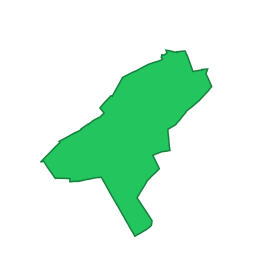 the district of Visina, Dâmbovita, Romania, rotated 26°
{"feature_id": "2599482B19033854569240", "entity_name": "Visina", "entity_type": "district", "adm_level": 2, "iso_a3": "ROU", "parent_name": "Romania", "parent_adm1": "Dâmbovita", "projection": "orthographic", "projection_center": [25.353, 44.574], "detail": "fine", "context": "isolated", "style": "filled", "palette": "green", "viewbox_px": 256, "rotation_deg": 26, "n_neighbors": 0, "source": "geoboundaries", "source_scale": "gbopen_adm2", "svg_char_len": 4678}
<svg xmlns="http://www.w3.org/2000/svg" viewBox="0 0 256 256"><g transform="rotate(26 128 128)"><path d="M188.5,212.2L189.4,210.5L190.9,207.5L191.3,206.6L191.7,205.1L191.0,202.8L190.2,200.7L187.8,199.3L183.0,196.4L175.5,192.0L166.7,186.7L167.3,180.1L167.4,179.0L167.5,177.5L167.8,175.0L168.0,173.3L168.0,173.2L168.1,171.9L168.2,170.8L168.3,169.8L168.3,168.1L168.4,167.4L168.5,167.1L168.6,166.5L168.8,166.0L169.0,165.2L169.1,164.9L169.2,164.6L169.3,164.4L169.5,163.6L169.6,163.4L169.7,163.1L169.7,162.9L170.1,161.7L171.0,159.2L171.4,158.3L171.7,157.4L172.0,156.9L172.3,156.1L172.5,155.4L172.7,155.0L173.0,154.0L173.1,153.5L173.4,152.8L173.8,151.6L174.0,151.0L174.0,150.9L173.1,150.1L171.6,148.9L171.1,148.5L169.5,147.3L169.2,147.1L168.8,146.8L167.1,145.4L166.7,145.1L166.2,144.7L165.5,144.1L163.7,142.8L163.0,142.2L162.6,141.8L162.3,141.6L167.9,135.4L168.1,135.3L168.2,135.0L169.0,134.4L170.4,133.4L170.6,133.4L171.4,132.8L172.5,132.1L173.9,131.0L175.1,130.2L175.6,129.8L175.0,129.1L173.7,127.1L173.4,126.8L172.9,126.0L170.6,122.1L169.9,120.9L168.9,119.2L167.1,116.4L165.3,113.3L164.4,111.7L164.7,111.2L164.9,111.1L165.1,110.7L165.3,110.4L165.9,109.5L166.1,109.2L166.5,108.6L166.6,108.3L167.1,107.6L167.2,107.4L167.4,107.2L168.4,105.7L168.5,105.6L168.8,105.0L169.1,104.6L169.6,103.5L169.6,103.3L169.8,102.6L169.8,101.8L170.0,101.1L170.2,100.6L170.6,99.5L170.7,98.9L171.0,98.2L171.5,95.2L173.1,88.7L173.2,87.6L173.3,86.9L173.4,86.6L174.1,85.1L175.3,82.8L175.5,82.4L176.2,80.9L177.2,78.5L177.8,77.2L179.1,74.1L179.7,72.7L179.9,72.3L180.0,72.1L180.6,69.9L181.0,68.8L181.5,67.1L182.2,64.7L183.6,60.3L183.8,59.5L183.9,59.1L184.1,58.2L184.4,56.7L184.7,55.5L185.1,54.1L184.2,53.3L183.6,52.8L182.2,51.6L181.3,50.9L180.7,50.3L180.1,49.8L179.1,49.0L178.2,48.2L175.9,46.4L174.3,45.0L173.9,41.5L173.7,40.3L173.7,40.1L172.1,41.0L171.9,41.1L171.1,41.6L170.8,41.8L169.8,42.5L169.7,42.5L169.2,42.8L168.8,43.0L169.0,43.5L168.9,43.5L168.4,43.8L167.9,44.1L166.9,44.9L163.4,47.4L161.5,48.8L159.9,47.1L157.9,45.1L155.5,42.7L154.8,42.1L152.9,40.2L148.9,36.4L148.4,36.5L146.5,34.5L145.7,33.7L145.1,34.0L143.2,35.2L142.7,35.4L141.9,36.0L141.2,36.4L140.4,36.9L139.7,37.3L139.4,37.6L138.8,37.9L138.5,38.0L138.5,38.3L138.8,38.6L138.6,38.7L138.1,38.9L135.3,39.6L133.4,39.9L132.3,40.2L131.4,40.4L129.9,40.8L128.0,41.4L128.7,42.0L128.8,42.2L129.7,43.0L130.0,43.3L130.0,43.7L129.5,44.8L129.2,45.2L129.1,45.6L128.9,45.9L128.7,46.5L128.3,46.8L126.4,47.2L126.3,47.3L127.0,50.1L127.4,50.4L128.3,50.2L128.7,51.6L125.6,55.0L124.5,56.0L123.7,56.7L123.5,56.8L120.0,60.3L119.9,60.4L118.1,62.2L117.9,62.6L115.2,66.1L113.9,68.0L111.2,71.7L111.2,71.8L110.8,72.4L110.1,73.3L109.9,73.5L109.3,74.2L108.8,74.6L108.5,75.0L108.2,75.3L108.0,75.5L107.9,75.8L107.5,76.2L106.9,77.0L106.4,77.6L105.5,78.8L105.1,79.3L104.7,79.9L104.3,80.4L103.2,81.9L103.0,82.2L102.9,82.3L102.2,83.3L101.8,83.8L101.4,84.3L101.0,84.8L99.9,106.5L98.6,106.4L96.3,113.6L95.2,117.2L94.9,118.9L94.0,121.8L94.3,122.5L99.9,125.0L97.8,131.1L97.4,131.2L96.8,131.8L96.0,133.0L94.6,134.9L93.4,136.7L93.1,137.2L92.7,138.1L92.3,139.1L91.8,140.0L91.4,140.7L91.0,141.9L90.5,141.8L90.4,141.9L89.9,142.9L89.3,143.9L88.2,145.9L87.3,147.5L86.2,149.6L86.7,149.9L85.6,151.6L85.0,152.3L83.3,154.6L83.2,154.5L82.3,155.6L78.0,161.8L75.2,165.7L71.9,170.3L73.2,171.0L73.0,171.4L72.9,171.7L72.4,173.0L72.0,174.1L71.6,175.1L71.0,176.9L70.9,177.0L70.9,177.3L70.6,178.0L70.5,178.5L70.3,179.1L70.2,179.3L70.2,179.5L69.9,180.0L69.8,180.5L69.4,181.7L69.4,181.8L68.5,184.5L68.4,184.9L67.6,187.3L66.8,189.4L65.8,192.5L65.6,193.1L65.4,193.7L65.4,193.9L65.1,194.7L65.0,195.1L64.5,196.5L64.3,197.0L66.4,195.2L66.8,194.8L67.9,195.5L70.3,197.0L74.1,199.3L80.0,202.5L83.5,204.5L84.8,205.2L85.2,204.8L85.6,204.5L95.2,200.1L95.3,200.1L98.1,199.0L98.9,200.8L99.4,201.8L99.6,201.7L102.4,200.0L103.5,199.3L105.2,198.5L106.4,197.9L107.4,197.3L108.2,196.6L109.4,195.7L110.0,195.3L110.1,195.2L111.5,193.9L112.5,193.2L114.6,191.5L115.0,191.4L115.9,190.7L116.2,190.5L119.3,188.0L120.6,187.0L121.0,186.8L121.0,186.6L122.5,185.8L123.0,185.6L123.3,185.4L123.7,185.2L124.8,184.6L125.7,184.0L129.9,186.9L132.0,188.3L137.1,191.9L137.5,192.2L143.8,196.6L145.5,197.7L146.1,198.1L148.2,199.5L151.4,201.7L153.2,202.8L154.3,203.5L155.7,204.5L157.1,205.5L159.9,207.4L163.8,210.1L165.3,211.2L166.0,211.7L166.8,212.2L168.6,213.4L171.0,215.0L172.8,216.3L174.9,217.7L175.9,218.4L179.0,220.3L181.6,222.3L181.8,222.0L182.1,221.5L182.4,221.1L182.9,220.3L183.3,219.7L183.6,219.2L184.1,218.6L184.3,218.3L184.6,218.0L184.8,217.7L185.2,217.1L185.5,216.6L185.8,216.1L186.2,215.6L186.5,215.1L186.7,214.7L187.2,214.0L187.5,213.5L188.0,212.8L188.5,212.1L188.5,212.2Z" fill="#22c55e" stroke="#15803d" stroke-width="1.5"/></g></svg>